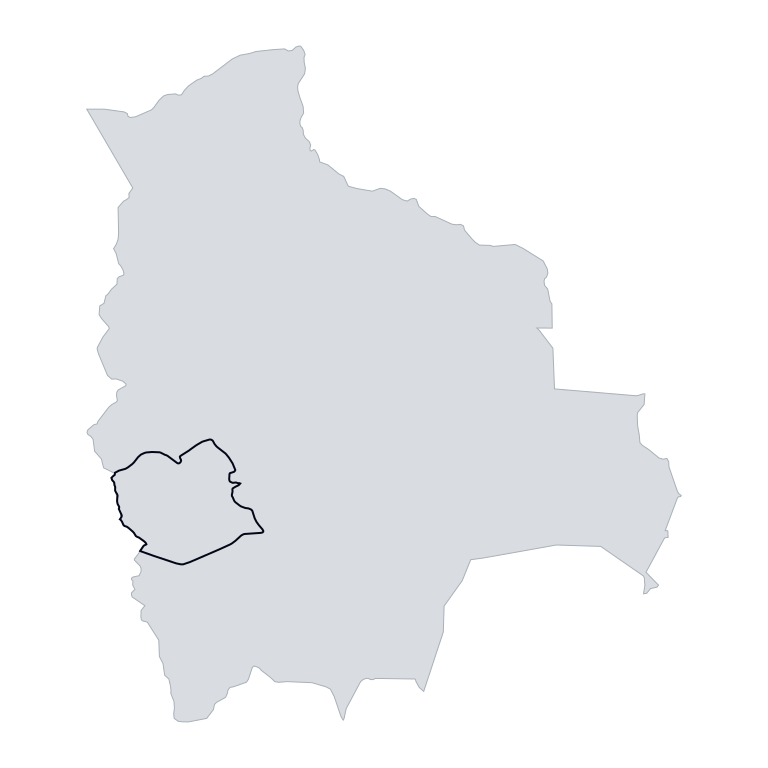 Bolivia, with Oruro highlighted
{"feature_id": "BOL-1937", "entity_name": "Oruro", "entity_type": "Department", "adm_level": 1, "iso_a3": "BOL", "parent_name": "Bolivia", "parent_adm1": "", "projection": "albers", "projection_center": [-67.639, -18.613], "detail": "fine", "context": "in_parent", "style": "outline", "palette": "ink", "viewbox_px": 768, "rotation_deg": 0, "n_neighbors": 0, "source": "natural_earth", "source_scale": "10m", "svg_char_len": 6044}
<svg xmlns="http://www.w3.org/2000/svg" viewBox="0 0 768 768"><path d="M94.6,451.2L93.1,439.4L91.0,436.5L88.0,434.6L87.0,432.2L88.0,429.7L93.9,424.7L97.1,423.9L97.9,421.4L108.7,407.3L112.0,404.4L115.8,402.4L117.4,400.7L116.5,395.6L116.8,392.2L118.1,390.0L125.4,385.9L126.1,385.0L125.8,383.7L122.6,381.1L116.0,378.9L111.7,379.1L107.5,375.4L98.7,354.3L97.2,349.4L97.3,347.5L103.0,336.9L109.3,328.5L108.6,326.6L101.4,318.4L99.1,314.5L99.8,305.9L104.0,303.3L105.9,295.7L107.7,294.4L111.6,289.1L116.9,284.3L117.3,278.5L118.9,276.9L123.5,275.1L124.0,273.6L122.9,269.7L120.6,265.7L118.7,263.7L116.2,253.7L113.6,248.7L116.4,244.1L118.1,239.1L118.6,233.2L118.1,207.5L123.6,201.1L126.4,199.7L129.1,197.6L128.9,193.5L132.8,188.0L86.8,109.2L104.6,109.2L124.0,111.9L127.3,113.6L128.0,116.3L130.2,117.5L135.5,116.8L151.4,109.9L153.6,107.8L159.1,100.2L163.5,96.0L167.6,94.5L175.6,93.9L178.1,95.1L181.4,94.9L184.2,90.6L188.5,85.9L197.0,80.0L201.3,78.4L203.9,76.3L208.6,76.0L212.6,73.9L232.2,59.0L240.1,55.2L249.2,53.6L256.1,51.5L273.5,49.6L284.7,48.9L288.3,51.0L292.3,50.4L295.8,47.1L298.6,46.1L300.7,46.2L303.6,50.2L305.1,54.4L304.0,57.6L304.2,62.3L305.4,68.4L304.6,73.8L298.2,83.7L297.6,86.7L297.9,90.7L299.8,97.3L303.1,106.4L303.6,113.1L301.1,117.5L299.9,121.2L300.0,124.4L300.9,126.6L302.4,127.9L303.2,130.5L303.4,134.3L305.3,138.0L309.2,141.6L310.7,145.0L309.9,148.2L310.1,150.2L311.2,151.1L313.7,149.6L314.9,149.9L317.6,154.4L319.3,159.1L319.7,161.9L327.9,164.9L338.8,173.9L343.7,176.4L348.3,186.2L356.6,188.5L372.5,191.2L380.2,188.3L385.2,188.9L390.4,191.1L402.2,199.6L407.1,201.1L410.6,199.1L413.9,198.4L416.3,199.4L418.8,206.4L427.7,214.3L431.1,216.6L435.1,216.5L451.7,224.1L456.2,224.8L460.6,224.4L463.5,225.9L464.5,230.1L471.8,238.8L475.2,242.2L479.4,245.1L490.1,245.4L493.3,246.4L515.2,244.5L523.2,248.5L543.2,261.0L547.2,268.8L547.9,273.0L546.5,277.1L544.7,278.6L544.0,281.3L544.6,285.4L547.7,289.1L550.1,301.4L551.9,303.9L552.2,328.1L536.8,328.0L539.3,330.4L552.9,348.2L554.5,388.9L635.3,395.7L637.3,395.7L643.4,393.8L644.9,393.9L644.1,404.5L637.8,412.4L637.2,415.0L637.6,425.8L639.2,434.7L639.9,442.6L642.1,445.2L648.9,449.7L659.0,458.0L663.2,459.2L666.8,458.4L668.7,461.6L668.9,466.7L677.1,490.4L678.6,493.6L681.2,495.4L680.7,496.5L678.3,496.9L677.2,498.5L665.2,530.6L667.8,530.8L668.1,537.4L664.9,537.7L663.9,539.1L646.0,572.3L658.5,585.1L657.1,587.1L650.5,588.6L646.7,593.3L643.5,593.8L644.9,585.4L644.3,577.9L643.5,576.0L600.7,546.4L556.2,545.0L482.7,558.1L470.7,559.7L462.3,580.5L444.1,606.1L443.3,632.0L423.7,691.4L419.3,687.5L416.1,681.8L415.3,679.2L414.8,679.0L375.1,678.4L373.1,679.6L370.3,679.5L368.2,678.3L366.2,678.4L363.3,679.4L360.6,681.6L346.2,708.6L344.1,718.4L343.2,720.1L341.0,716.6L334.2,696.5L330.4,689.1L325.9,686.8L312.0,682.7L286.9,681.6L278.9,682.3L274.9,681.7L270.6,677.6L261.2,670.3L259.3,668.0L255.7,666.4L253.5,666.2L252.2,667.7L248.5,679.1L246.5,682.2L233.4,686.8L229.9,687.4L228.0,690.1L227.2,693.8L225.6,697.3L216.5,702.4L214.5,704.5L213.4,709.6L206.7,718.4L188.4,721.9L182.4,721.8L178.2,721.3L174.2,718.4L173.7,713.6L174.4,708.5L174.0,701.5L170.8,693.3L171.0,690.6L170.6,686.6L168.9,679.1L164.7,675.3L163.0,663.5L159.4,656.6L158.8,640.2L147.3,622.1L142.6,620.9L141.4,619.8L140.9,617.1L141.1,610.4L144.9,605.7L132.2,597.0L131.5,594.9L131.5,592.9L134.9,589.4L132.7,585.0L132.9,581.1L131.5,579.4L131.6,578.1L133.0,577.0L139.1,575.7L141.0,571.7L141.1,568.4L140.1,566.0L134.4,560.1L134.3,559.1L145.6,544.2L145.3,543.0L144.2,541.6L137.9,537.2L131.2,530.3L126.3,526.8L122.8,523.3L120.9,520.4L120.3,512.4L117.9,504.4L114.6,485.1L111.9,478.0L114.6,474.3L114.4,473.2L103.6,467.8L101.4,459.0L94.6,451.2Z" fill="#d9dde1" stroke="#a8b0b8" stroke-width="1"/><path d="M119.9,519.3L121.3,517.3L121.7,516.3L121.7,515.2L121.5,514.7L118.8,508.9L119.1,508.1L119.2,507.4L119.1,506.7L118.8,506.1L117.6,504.0L117.1,501.5L117.2,498.8L117.5,496.4L117.5,495.2L117.1,494.2L115.3,491.1L115.1,490.3L115.2,487.5L115.2,487.0L114.4,484.9L114.4,484.4L114.4,483.9L114.2,482.7L113.7,481.8L112.2,480.2L111.4,477.9L112.9,476.3L114.7,474.9L115.0,472.7L115.5,472.5L119.0,470.6L125.5,468.8L127.9,467.4L132.1,464.2L133.8,462.6L138.1,457.1L140.8,454.7L141.3,454.4L144.4,453.0L146.0,452.5L151.9,452.0L159.6,452.3L161.0,452.8L164.9,454.8L166.5,455.3L167.6,455.9L177.3,463.1L177.5,463.2L177.8,463.3L178.4,463.4L179.1,463.3L180.1,462.6L180.5,462.2L180.7,461.7L180.9,461.3L181.0,460.8L181.1,460.4L181.0,460.1L181.0,459.9L180.7,459.2L180.2,458.4L180.1,458.0L180.0,457.6L179.9,456.9L179.9,456.5L180.1,456.3L181.1,455.5L189.2,450.4L190.3,449.5L196.3,445.2L202.1,441.8L203.2,441.4L209.6,439.5L210.0,439.5L210.5,439.5L211.1,439.7L211.5,439.8L211.8,440.0L212.5,440.5L212.9,441.0L213.2,441.5L213.5,442.0L214.2,443.4L215.0,444.6L216.2,446.0L216.3,446.2L217.5,447.3L225.5,453.5L226.3,454.4L228.9,457.6L232.6,463.4L235.3,470.0L234.8,471.0L234.4,471.5L233.8,471.9L233.2,472.1L229.9,473.2L229.5,474.0L229.2,478.8L229.3,480.0L229.5,480.6L229.7,481.2L230.1,481.6L230.6,481.9L232.3,482.7L232.9,482.8L233.5,482.8L234.8,482.6L236.0,482.5L236.6,482.7L237.6,483.1L238.0,483.2L239.1,483.1L240.2,483.5L239.1,484.8L237.7,485.7L235.5,486.7L234.2,487.5L233.2,488.1L232.7,488.5L232.5,488.9L232.4,489.2L232.5,490.9L232.5,491.7L232.4,492.4L231.9,494.6L231.9,495.2L231.9,495.9L232.0,496.1L232.6,497.1L234.3,500.9L234.7,501.5L235.0,501.8L235.5,502.3L239.6,505.5L241.0,506.4L245.3,508.0L248.4,508.4L250.9,509.4L251.6,510.0L252.2,510.6L252.4,511.1L254.6,518.0L254.7,518.3L256.5,521.9L258.9,525.2L262.5,529.4L263.3,531.0L263.3,531.5L263.0,532.0L262.6,532.4L262.0,532.6L260.6,532.9L254.6,533.3L244.4,534.0L243.2,534.4L241.2,535.5L235.3,540.9L231.8,543.5L229.8,544.6L219.7,549.2L204.9,555.6L189.8,562.1L183.3,564.3L180.7,564.3L176.3,563.4L154.1,556.0L140.3,551.1L140.1,551.0L142.3,547.7L143.3,546.2L144.0,545.5L146.0,544.6L146.4,544.3L146.0,543.3L145.1,542.2L144.1,541.3L138.9,537.5L137.2,536.9L135.8,536.0L134.1,533.1L133.0,531.8L128.4,527.8L126.8,526.7L124.5,526.0L123.9,525.5L123.3,524.8L122.2,522.1L121.2,520.5L120.6,519.8L119.9,519.3Z" fill="none" stroke="#020617" stroke-width="2"/></svg>